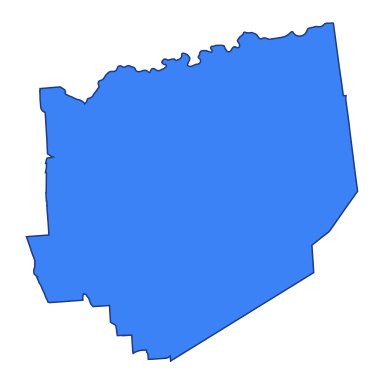 West Torrens, South Australia, Australia (Albers equal-area conic projection)
{"feature_id": "25037944B76769094445269", "entity_name": "West Torrens", "entity_type": "district", "adm_level": 2, "iso_a3": "AUS", "parent_name": "Australia", "parent_adm1": "South Australia", "projection": "albers", "projection_center": [138.535, -34.943], "detail": "fine", "context": "isolated", "style": "filled", "palette": "blue", "viewbox_px": 384, "rotation_deg": 0, "n_neighbors": 0, "source": "geoboundaries", "source_scale": "gbopen_adm2", "svg_char_len": 5588}
<svg xmlns="http://www.w3.org/2000/svg" viewBox="0 0 384 384"><path d="M333.3,23.2L331.5,23.0L330.3,23.2L327.8,23.2L327.1,23.2L326.4,23.2L325.7,23.4L324.9,23.7L322.7,25.7L321.6,26.3L321.5,26.5L321.2,26.5L320.5,26.6L319.2,26.8L318.6,26.8L317.6,26.6L316.7,26.5L315.4,26.6L313.1,27.3L308.5,28.3L307.7,28.9L306.5,31.7L304.9,34.1L304.4,34.5L303.0,35.3L300.5,36.0L299.8,36.2L299.1,36.2L298.1,35.9L296.5,35.6L296.2,35.5L295.4,35.0L294.3,34.1L292.7,31.9L292.2,31.6L290.9,32.2L289.1,33.9L287.8,34.9L286.3,35.9L284.9,36.5L281.8,37.3L280.8,37.6L278.3,37.9L277.0,38.2L273.6,38.6L272.8,38.8L271.9,38.9L270.1,39.3L269.3,39.3L268.8,39.2L266.4,38.4L265.9,38.1L264.9,37.9L263.2,38.1L261.0,38.8L259.8,38.7L259.4,38.5L259.1,38.1L259.0,37.9L257.8,36.4L257.6,35.9L257.0,35.1L256.0,34.3L254.9,33.7L254.3,33.6L253.2,33.0L252.4,32.7L251.6,32.6L249.2,32.9L247.8,32.9L246.5,32.7L245.0,32.2L244.4,32.2L244.0,32.4L243.7,32.6L243.4,33.4L243.2,33.9L242.8,34.5L242.1,35.1L241.4,35.8L240.2,36.7L239.5,37.3L239.2,37.9L237.8,39.8L237.4,40.5L237.5,41.0L237.7,41.5L238.2,42.1L238.5,42.8L239.0,43.4L239.5,44.6L239.6,45.9L239.5,46.6L239.4,46.9L238.8,47.3L238.0,47.7L236.9,47.7L235.5,46.9L233.8,46.9L233.4,47.2L232.8,47.7L232.0,48.7L231.2,50.1L230.6,50.9L229.9,51.6L229.6,51.8L227.9,51.8L227.3,51.5L227.0,51.2L226.2,50.1L225.7,49.1L225.2,48.5L224.5,46.9L224.2,46.6L224.1,46.1L223.9,45.8L223.2,45.5L222.4,45.4L222.2,45.4L220.3,45.3L216.9,45.4L215.9,45.4L215.5,45.5L215.4,45.7L215.2,45.9L213.2,46.3L212.2,46.2L211.7,46.3L211.5,46.5L210.9,47.1L210.6,47.4L210.6,48.0L210.9,48.9L211.5,49.4L212.0,50.2L212.0,51.5L211.7,52.0L211.2,52.2L210.0,52.0L209.2,51.6L207.7,51.3L207.1,50.9L206.5,50.7L205.9,50.7L204.6,50.6L202.2,50.7L201.5,50.9L200.8,51.2L200.4,51.8L200.0,52.3L199.7,53.1L199.5,54.2L199.4,54.9L198.4,56.4L198.3,57.3L198.4,57.7L199.2,58.5L199.9,59.0L200.2,59.5L200.5,60.3L200.5,61.4L200.3,62.1L199.9,62.9L199.3,63.5L198.3,64.0L195.1,64.6L193.5,65.5L192.6,65.8L190.9,66.4L189.7,66.4L188.8,66.1L188.1,65.8L187.6,65.3L187.5,64.7L188.0,63.3L188.7,61.6L189.3,60.5L189.5,59.8L189.8,59.0L189.8,58.2L189.6,57.5L188.3,55.7L187.7,55.1L186.9,54.5L184.9,53.6L184.4,53.4L183.3,53.2L182.9,53.2L182.3,53.4L182.0,53.7L181.8,54.1L181.7,54.4L181.7,55.3L181.7,56.8L181.4,57.3L181.0,57.9L180.0,58.9L177.7,59.8L177.1,60.3L176.7,60.4L175.9,60.4L175.5,60.2L175.0,59.6L174.5,59.1L173.8,59.0L173.0,59.0L172.2,59.1L171.0,59.4L169.2,59.8L168.8,59.9L168.2,60.0L167.6,60.0L166.2,59.3L165.4,59.1L164.9,59.0L164.4,59.1L163.9,59.3L162.8,60.3L162.0,61.4L161.8,61.9L161.9,62.4L162.1,62.8L162.5,63.3L163.6,64.2L164.1,64.5L165.4,64.5L165.7,64.6L166.2,65.3L166.4,65.6L166.4,66.1L166.2,66.6L165.8,67.0L164.2,68.4L163.3,68.9L161.8,69.4L160.4,70.2L159.2,70.7L157.8,70.7L157.1,70.5L156.5,70.2L154.4,68.8L153.6,68.5L152.2,68.7L151.8,68.9L150.9,70.1L150.2,71.9L149.9,72.4L149.6,72.5L149.2,72.5L146.5,70.6L145.9,70.4L145.2,70.3L143.5,70.4L140.8,71.4L139.9,71.6L137.9,71.6L137.3,71.5L136.6,71.1L136.0,70.7L135.5,69.8L135.0,68.5L134.6,68.0L134.1,67.6L133.5,67.3L132.5,67.0L129.5,65.9L128.7,65.7L128.1,65.7L127.4,65.9L126.7,66.1L125.2,66.9L124.7,67.1L124.2,67.2L123.2,67.1L122.5,66.8L121.3,66.1L120.7,65.9L120.2,65.8L119.7,65.9L119.1,66.0L118.1,66.5L117.7,67.2L117.0,68.9L116.2,70.3L115.7,70.8L114.6,71.2L113.9,71.4L113.2,71.5L110.9,71.5L110.3,71.6L109.5,71.9L108.7,72.3L107.4,73.5L105.9,75.0L104.9,76.6L104.0,78.1L103.5,78.8L102.3,79.8L101.6,80.1L100.2,80.6L99.3,81.0L98.7,81.5L98.4,82.1L98.2,82.8L98.2,83.6L99.0,86.9L99.0,87.1L98.7,87.5L97.6,88.9L97.0,89.9L96.5,90.8L96.1,91.0L95.1,92.5L94.5,93.0L94.3,93.4L93.9,94.0L93.1,95.2L92.7,96.1L92.0,96.8L91.7,97.0L90.3,97.9L89.7,98.1L88.8,98.3L88.0,98.6L87.7,98.8L87.4,99.3L87.0,100.3L86.9,100.7L86.3,102.2L85.9,102.7L84.5,103.8L84.1,103.0L83.5,102.3L82.5,101.5L80.1,100.1L78.8,99.7L77.3,99.5L76.6,99.3L75.5,98.6L74.3,98.2L72.2,97.1L69.9,96.2L67.1,94.9L65.8,94.4L65.3,93.6L65.2,93.4L65.4,92.9L65.5,91.6L64.9,90.1L64.3,89.5L60.2,86.9L40.0,88.6L40.1,90.7L39.8,90.7L40.0,94.3L40.0,95.0L40.1,99.2L40.5,104.2L40.9,108.3L41.7,109.8L43.0,111.4L45.2,112.5L46.8,138.6L47.3,149.3L47.5,153.8L51.8,156.6L53.0,157.1L47.0,158.2L46.4,159.7L45.6,163.4L46.5,163.3L46.4,168.2L45.4,172.7L46.4,172.9L46.2,192.6L45.9,192.6L46.4,201.1L46.8,201.1L47.0,205.6L46.8,205.6L48.1,222.4L48.9,235.0L26.4,236.7L28.0,241.1L29.0,244.1L30.8,249.3L31.2,250.8L32.9,255.5L33.2,256.2L34.3,258.9L34.9,260.9L34.8,264.2L34.7,266.8L34.5,267.6L34.2,268.5L33.9,269.8L33.8,270.5L33.8,272.0L33.9,272.7L34.0,273.5L34.5,274.4L35.3,274.9L35.5,275.1L36.0,275.8L36.2,276.0L37.4,276.6L37.7,276.8L37.6,277.0L37.1,277.1L36.9,277.5L37.0,277.9L37.9,279.6L38.7,281.5L39.2,282.9L40.7,285.2L42.5,289.5L44.7,294.0L45.0,295.0L45.2,295.9L45.3,296.3L45.9,297.3L46.3,298.4L47.0,299.7L47.1,300.0L48.1,302.2L49.5,302.6L63.5,301.6L64.2,301.6L71.5,301.0L82.9,300.2L82.7,297.5L83.3,293.9L86.1,294.4L86.2,294.7L86.7,295.8L88.7,298.3L89.1,299.3L90.5,303.2L90.8,303.9L93.0,306.6L109.5,305.5L110.5,322.3L115.2,324.9L116.0,326.2L117.3,335.6L124.1,335.3L123.8,335.6L131.7,335.1L132.0,339.3L132.8,351.9L133.2,353.4L134.5,352.5L136.2,351.7L137.8,351.1L139.6,350.6L141.4,350.3L146.4,350.0L146.7,352.2L147.4,353.0L147.8,353.9L148.0,354.8L148.3,359.3L152.1,359.2L166.5,358.2L168.2,357.5L170.2,356.0L170.6,361.0L248.6,312.8L313.7,272.6L313.2,264.6L311.9,245.2L321.8,237.3L328.7,232.0L329.3,231.3L330.4,229.9L333.5,225.5L335.5,222.6L337.9,219.2L339.7,216.5L351.1,200.3L353.5,197.0L354.9,194.9L357.6,191.3L355.1,172.6L350.8,138.5L349.6,129.1L349.0,123.3L345.9,100.6L345.8,99.1L345.8,97.0L346.0,95.6L343.3,95.6L340.9,77.8L340.3,74.4L333.5,24.2L333.3,23.2Z" fill="#3b82f6" stroke="#1e3a8a" stroke-width="1.5"/></svg>